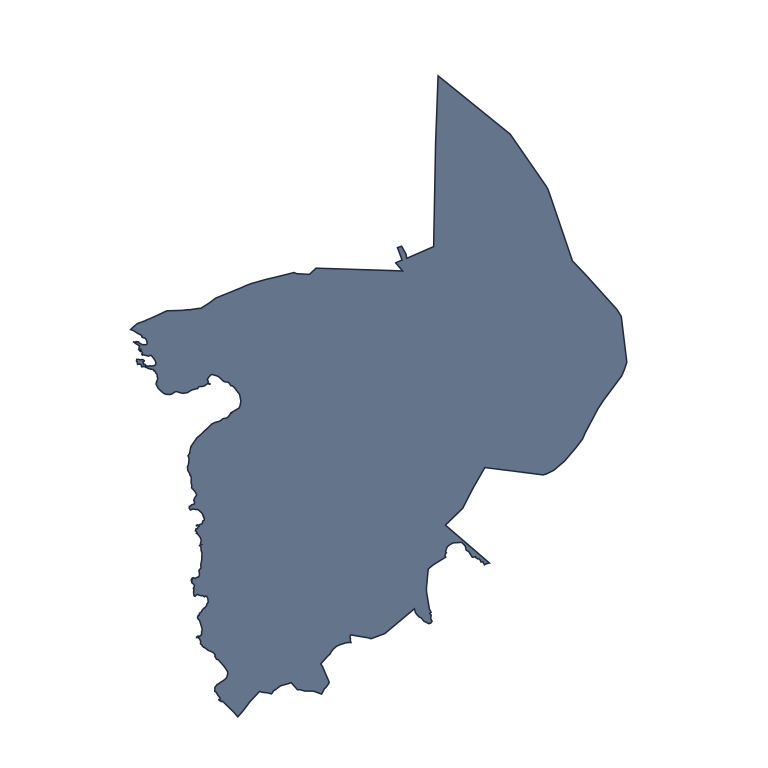 Malvik nor, Sør-Trøndelag, Norway (orthographic projection), rotated 255°
{"feature_id": "86288312B36520451776758", "entity_name": "Malvik nor", "entity_type": "district", "adm_level": 2, "iso_a3": "NOR", "parent_name": "Norway", "parent_adm1": "Sør-Trøndelag", "projection": "orthographic", "projection_center": [10.725, 63.369], "detail": "fine", "context": "isolated", "style": "filled", "palette": "slate", "viewbox_px": 768, "rotation_deg": 255, "n_neighbors": 0, "source": "geoboundaries", "source_scale": "gbopen_adm2", "svg_char_len": 6147}
<svg xmlns="http://www.w3.org/2000/svg" viewBox="0 0 768 768"><g transform="rotate(255 384 384)"><path d="M667.7,516.0L603.8,496.3L503.9,467.5L499.5,438.5L503.7,438.9L512.5,436.7L512.3,432.3L499.1,433.5L498.0,426.6L488.4,431.2L513.5,348.3L509.2,340.4L513.2,328.1L515.0,325.9L515.0,320.1L515.6,296.8L515.4,281.9L514.7,275.3L513.9,270.7L510.6,243.9L507.6,236.5L505.0,228.0L504.4,227.4L505.1,224.0L506.1,214.8L506.5,214.4L507.3,208.5L510.9,193.1L507.8,175.4L507.4,171.7L506.9,169.6L506.2,161.3L503.6,155.8L502.1,153.3L500.6,155.6L496.5,159.3L494.2,161.9L493.4,162.5L492.3,162.2L490.9,163.4L490.7,164.4L489.2,165.6L486.9,166.0L484.9,165.8L483.9,165.3L483.6,164.0L484.6,160.8L485.1,160.1L487.8,157.6L488.3,157.8L489.1,155.6L488.6,155.4L489.3,153.3L490.0,153.4L489.3,153.0L489.1,153.7L488.0,154.0L484.0,157.7L483.5,157.8L483.0,157.0L481.9,156.5L481.2,156.6L480.8,157.4L480.6,156.0L478.4,157.1L478.5,157.5L479.6,156.9L479.7,158.0L476.6,158.7L475.8,158.3L476.1,158.2L475.7,157.5L475.8,158.2L475.6,158.3L475.2,157.8L474.3,158.3L474.6,158.9L471.9,163.6L471.9,164.9L472.3,165.9L472.1,166.4L469.0,167.9L465.5,169.1L463.1,169.1L461.9,168.3L461.3,167.0L461.3,164.9L461.6,163.6L462.3,162.6L461.9,161.3L462.4,160.9L462.2,160.0L462.4,159.7L463.1,159.5L462.9,159.0L463.4,158.6L464.9,158.2L464.9,157.7L465.7,157.0L467.7,156.8L468.0,158.2L468.5,158.5L470.0,157.4L470.4,156.1L470.3,155.0L471.3,153.5L471.8,151.5L470.0,150.8L469.0,151.3L466.8,151.0L466.6,151.2L466.9,151.7L466.3,152.9L466.3,153.6L465.6,154.3L463.4,154.4L463.6,155.0L463.0,155.5L463.3,156.6L461.9,158.0L462.4,158.3L462.3,158.6L461.8,158.6L460.0,160.2L459.5,161.5L458.6,162.4L458.7,162.9L457.2,165.2L456.1,165.3L456.2,165.6L455.8,166.1L453.7,166.4L451.8,167.3L449.6,166.7L448.2,167.0L446.7,166.3L445.3,165.0L444.7,164.7L444.2,165.0L443.6,164.0L442.7,163.8L438.1,164.8L433.7,167.5L431.5,169.3L430.2,171.3L429.7,173.2L429.2,174.0L429.3,174.8L429.2,176.5L430.5,179.9L430.3,182.0L428.8,184.0L427.0,187.3L426.6,191.0L426.6,192.4L427.4,194.5L428.0,197.9L427.9,200.3L428.1,201.6L427.7,202.2L427.9,203.1L429.0,203.8L429.3,205.4L428.5,208.1L428.7,210.3L430.2,214.2L429.0,215.1L428.8,215.8L429.1,216.0L429.7,215.0L431.3,214.4L432.1,215.0L434.1,214.4L436.2,216.8L437.7,219.4L437.8,220.2L434.6,225.4L432.9,226.8L428.1,229.7L427.2,231.0L426.4,233.3L425.3,234.5L421.9,235.7L421.8,235.9L421.9,236.6L420.0,238.2L411.3,241.8L404.4,241.3L400.2,239.3L398.3,237.7L395.9,228.9L395.4,229.0L395.6,228.5L393.9,226.8L392.1,224.1L391.8,221.8L392.2,220.7L392.2,219.2L390.8,216.6L390.6,214.5L390.7,211.6L390.0,207.4L386.5,201.2L385.2,198.4L383.3,195.4L380.4,189.2L373.5,181.2L367.0,178.1L365.5,176.1L363.0,176.4L360.7,175.8L356.1,173.9L355.1,172.7L351.3,172.1L346.7,173.3L346.4,173.2L346.3,172.4L346.0,173.3L343.4,173.6L338.9,172.2L335.2,172.0L333.6,171.2L328.9,173.7L325.8,174.3L325.0,174.1L323.3,171.9L321.1,170.2L320.5,170.0L319.3,170.5L317.4,169.8L317.1,169.1L317.2,167.1L316.1,165.2L316.2,164.3L314.4,163.7L312.4,164.4L312.4,165.5L312.7,166.2L312.3,168.3L311.3,169.8L311.2,171.1L310.0,172.4L306.6,174.6L303.8,175.4L302.4,175.5L302.7,175.2L300.0,175.5L298.9,175.0L298.7,173.7L296.1,172.1L295.9,169.6L295.4,169.0L296.2,167.1L296.7,167.7L296.3,166.9L295.1,165.5L296.2,167.0L295.3,169.0L294.6,168.8L294.5,167.8L292.6,166.2L292.4,165.5L292.8,165.4L292.8,165.0L290.9,163.8L290.5,164.4L289.2,164.9L288.6,164.9L288.4,164.2L287.3,165.1L283.4,166.8L280.3,167.0L277.6,165.5L276.6,165.3L276.2,165.9L276.2,164.8L275.7,164.0L273.9,165.0L270.6,164.2L268.1,164.5L261.5,162.5L256.6,160.1L253.9,159.8L251.8,156.9L248.2,156.6L246.2,155.7L245.8,154.9L245.5,152.4L245.0,151.2L246.3,149.6L246.3,148.6L245.1,147.4L244.0,146.9L243.8,147.0L244.0,147.6L243.1,147.0L242.1,147.4L242.3,147.2L242.2,147.0L241.6,147.0L239.7,148.4L238.4,148.7L237.5,148.4L235.9,146.9L235.3,147.3L231.6,146.0L228.5,145.7L228.0,146.2L227.9,146.8L229.1,148.9L227.2,151.8L226.7,152.9L226.6,154.2L224.9,155.3L225.4,157.1L224.6,157.9L224.3,158.0L224.7,157.7L222.3,158.3L218.7,157.7L217.4,156.0L215.7,155.1L214.3,153.2L214.3,152.4L213.0,150.2L211.1,148.4L210.3,146.4L208.8,145.8L208.5,145.4L208.6,144.6L207.0,143.4L205.0,143.7L203.3,144.6L194.0,145.0L191.8,143.6L189.1,143.0L188.8,141.8L187.7,140.6L187.8,140.0L188.4,139.9L188.7,139.1L188.2,137.7L187.6,137.3L187.3,138.7L185.3,139.9L183.0,140.3L180.5,139.5L178.6,140.8L178.1,140.6L176.2,141.7L176.0,142.4L172.2,145.2L170.1,148.1L168.1,150.0L165.7,150.7L164.7,150.1L161.3,151.1L160.7,152.3L160.1,152.8L152.7,156.4L147.6,158.2L146.2,158.4L144.2,157.9L141.4,156.2L140.4,154.9L139.3,152.5L138.0,148.3L137.0,146.2L137.1,145.1L136.3,144.5L135.7,143.2L134.3,141.9L132.4,141.6L131.1,140.9L129.4,142.3L127.0,142.7L123.1,144.4L122.0,144.1L122.0,142.8L121.5,142.7L119.4,144.6L119.6,144.9L119.6,145.3L118.2,146.6L106.0,153.9L100.3,156.6L104.4,162.8L112.1,172.7L119.2,184.2L117.5,187.0L115.8,191.7L113.8,195.0L114.7,196.4L116.3,197.9L116.6,199.5L119.2,205.8L119.3,214.3L119.6,217.0L111.0,221.3L110.5,223.7L108.0,227.8L105.6,236.3L100.6,243.5L105.3,247.8L105.6,249.0L108.9,253.1L110.3,253.9L126.9,251.5L130.0,250.5L135.7,259.2L137.3,262.3L138.4,263.1L140.6,265.7L143.0,270.4L143.6,274.8L143.8,280.1L143.7,281.5L142.8,285.2L145.0,285.1L146.7,285.7L148.7,285.6L150.2,287.0L143.2,302.4L142.2,304.4L141.3,305.4L142.7,320.2L159.0,355.2L155.4,355.2L153.2,355.8L149.9,357.6L148.6,359.3L144.5,361.2L140.8,365.3L141.0,365.7L140.9,367.2L142.3,369.0L145.6,368.4L148.4,369.8L150.6,368.8L151.2,370.4L154.8,369.6L172.2,371.3L175.9,372.2L193.8,378.8L196.5,384.6L200.8,398.8L202.8,398.6L204.3,399.6L204.8,400.6L206.0,400.1L206.5,400.3L210.3,402.9L211.6,405.6L212.0,407.1L212.6,409.7L210.9,418.0L206.7,420.5L202.1,420.4L200.3,422.4L193.9,424.4L193.6,425.1L193.5,427.7L192.3,427.8L191.4,428.9L191.0,429.0L190.3,430.7L189.5,431.2L186.9,431.6L186.8,433.5L183.4,434.2L183.7,434.8L183.9,438.6L183.8,439.5L231.8,406.8L243.5,427.8L260.3,443.0L277.2,459.8L255.0,514.2L255.1,517.7L256.8,525.9L262.8,538.5L272.6,552.7L279.3,561.4L284.8,565.8L304.7,584.3L311.4,591.8L330.2,615.6L335.1,619.5L342.2,624.2L387.9,630.7L395.7,628.3L437.3,607.1L454.1,597.9L526.1,593.1L529.6,592.8L533.2,591.8L592.6,570.6L667.7,516.0Z" fill="#64748b" stroke="#1e293b" stroke-width="1.5"/></g></svg>